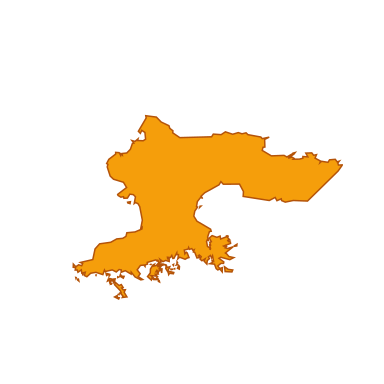 Camarines Sur, Camarines Sur, Philippines (Mercator projection), rotated 150°
{"feature_id": "2640588B57655195310467", "entity_name": "Camarines Sur", "entity_type": "district", "adm_level": 2, "iso_a3": "PHL", "parent_name": "Philippines", "parent_adm1": "Camarines Sur", "projection": "mercator", "projection_center": [123.465, 13.694], "detail": "fine", "context": "isolated", "style": "filled", "palette": "amber", "viewbox_px": 384, "rotation_deg": 150, "n_neighbors": 0, "source": "geoboundaries", "source_scale": "gbopen_adm2", "svg_char_len": 6158}
<svg xmlns="http://www.w3.org/2000/svg" viewBox="0 0 384 384"><g transform="rotate(150 192 192)"><path d="M184.3,128.2L183.5,130.1L183.7,129.9L184.4,130.2L184.2,130.1L185.2,130.8L185.1,132.0L185.9,131.7L185.3,132.2L183.2,131.5L184.1,135.9L190.7,137.0L189.7,139.8L193.1,140.3L196.4,144.2L200.0,143.5L200.1,139.3L201.8,139.4L202.7,136.0L202.9,138.1L204.3,133.6L205.3,132.8L204.4,134.5L205.8,137.1L204.1,142.0L202.6,143.0L202.4,142.0L202.0,141.7L201.0,145.2L196.7,149.0L195.0,148.4L194.5,150.5L202.3,164.2L202.5,170.2L199.1,174.1L194.7,176.2L195.4,177.1L192.2,181.0L187.8,182.8L186.2,182.5L186.0,182.0L186.4,183.8L181.3,185.0L165.0,184.7L161.8,186.5L161.0,183.1L146.9,175.1L147.2,166.7L149.9,162.6L129.3,146.0L122.7,145.7L122.8,142.0L118.1,141.5L118.7,139.8L116.3,136.6L108.5,134.0L96.5,126.4L55.0,137.1L48.7,140.0L48.4,140.4L51.7,142.1L51.2,144.2L49.0,145.1L51.2,145.5L51.6,148.7L56.8,151.1L59.4,149.7L64.4,153.8L66.5,153.4L65.2,154.5L68.5,159.8L65.5,162.1L68.3,163.0L68.7,166.0L74.0,168.8L74.1,164.5L78.2,167.3L79.1,165.8L82.6,166.8L88.0,169.8L86.8,170.1L87.9,172.1L91.8,173.2L87.0,173.9L86.6,174.9L92.3,174.9L94.0,177.7L105.2,183.6L110.4,192.9L108.2,195.2L106.4,194.5L102.8,201.2L97.7,200.9L104.5,203.1L104.9,205.2L114.9,213.7L115.6,216.2L119.6,217.4L122.2,220.3L127.9,221.7L133.0,227.4L138.1,227.1L144.6,231.5L147.4,230.0L175.4,245.2L179.1,252.9L177.9,254.6L179.4,258.2L178.8,260.9L183.7,268.0L185.4,274.7L193.9,281.2L194.7,279.0L208.1,271.4L207.4,268.6L204.7,270.5L203.0,267.1L205.8,260.9L208.7,260.8L213.4,263.8L212.2,265.0L216.0,264.3L218.3,266.6L217.9,263.4L219.4,263.8L224.0,259.8L229.0,258.4L233.3,260.3L233.9,258.8L234.6,260.7L235.5,259.5L235.4,262.5L238.3,264.5L239.2,263.0L247.7,261.9L251.7,259.3L251.0,258.0L252.9,256.1L254.9,246.7L253.6,242.3L246.5,234.7L246.4,228.6L257.6,227.1L257.8,226.0L256.2,223.1L253.7,222.2L254.1,220.6L251.0,219.0L246.9,221.2L244.1,219.0L243.4,216.1L247.8,210.9L246.2,211.1L244.6,208.9L244.6,205.4L249.1,192.4L255.0,185.6L253.0,186.2L253.9,185.0L261.3,185.9L268.8,189.3L271.4,186.6L275.1,186.5L280.6,189.0L287.5,189.1L297.9,193.3L304.4,191.2L311.7,183.1L323.9,186.8L322.5,184.7L324.4,183.3L326.5,185.6L330.0,185.4L330.8,188.9L332.5,186.2L330.6,184.6L332.2,182.8L330.4,181.8L330.9,179.5L326.8,179.9L328.0,176.9L324.5,175.9L327.0,173.5L325.4,171.2L320.4,172.3L315.4,170.5L310.5,165.0L306.8,168.2L306.9,166.5L300.0,164.4L297.6,160.6L293.9,161.3L292.2,159.9L293.5,157.9L289.1,157.2L285.8,151.3L284.7,153.0L283.8,146.9L280.3,141.5L278.5,140.9L280.9,145.6L277.8,147.1L278.4,152.0L273.4,154.2L270.2,152.8L269.9,151.0L269.3,151.8L269.5,152.3L269.4,152.4L266.6,151.8L266.0,153.4L257.2,151.3L256.8,149.6L255.8,150.1L255.6,149.9L255.9,147.4L253.9,146.8L253.4,149.7L252.0,146.2L249.0,145.9L246.5,143.2L245.2,145.5L246.5,146.3L245.9,147.8L243.5,146.0L241.2,147.2L241.8,144.0L240.8,143.6L235.6,146.9L236.4,145.3L235.0,144.5L237.7,141.2L235.3,141.7L231.6,137.2L227.5,137.1L227.5,136.0L226.6,141.6L227.1,142.8L229.1,142.0L227.7,145.6L223.8,144.5L222.7,145.6L222.9,143.6L220.5,143.1L220.4,141.0L219.0,140.9L220.8,139.4L219.8,138.3L220.7,132.4L218.1,131.4L218.3,133.7L217.2,133.8L216.3,131.4L218.6,129.8L217.8,127.5L214.0,127.6L216.1,126.0L215.2,122.2L213.0,125.0L210.2,125.6L210.3,127.6L207.8,127.9L208.0,125.2L206.1,126.5L207.9,121.3L208.9,122.6L209.4,120.7L212.4,121.0L208.6,118.2L209.4,113.6L208.6,111.6L206.4,111.4L205.8,107.7L203.5,111.3L206.2,111.9L206.7,115.1L202.6,115.7L200.4,114.4L199.4,115.5L201.8,121.1L199.7,121.1L193.1,114.5L188.6,114.3L192.3,117.7L193.1,122.2L194.3,122.4L183.8,124.0L189.5,125.3L191.2,127.1L189.2,127.6L189.5,129.0L190.5,128.7L191.5,129.0L191.7,129.4L184.3,128.2ZM266.2,133.7L264.8,133.6L265.2,135.5L267.6,134.7L269.4,140.2L264.3,136.5L264.9,139.1L262.2,137.8L261.9,140.2L263.2,140.9L261.6,141.8L260.9,139.5L259.3,140.4L258.0,140.1L258.7,137.1L256.4,140.4L258.8,142.0L256.6,142.8L258.9,144.5L257.6,146.9L259.8,146.2L262.1,147.0L260.6,148.2L262.4,148.3L266.5,146.1L268.6,142.8L272.8,141.0L271.2,136.1L269.8,137.5L269.0,135.3L266.2,133.7ZM300.8,133.7L300.9,139.1L298.6,140.7L300.5,141.6L301.0,144.1L299.4,143.7L299.5,147.2L301.9,147.5L303.5,151.9L305.4,150.5L303.4,142.3L303.7,140.2L304.7,140.5L303.8,136.3L305.1,135.5L300.8,133.7ZM197.4,102.8L195.7,104.1L199.3,106.9L201.2,111.0L203.1,106.5L197.4,102.8ZM252.9,135.4L248.6,138.4L251.3,139.1L250.8,141.6L252.3,143.4L251.4,140.7L253.0,138.9L252.9,135.4ZM249.0,130.5L248.0,131.4L252.4,135.6L253.5,132.1L252.1,132.8L249.0,130.5ZM308.9,153.5L305.3,156.9L307.0,158.7L308.9,153.5ZM294.6,151.7L293.0,152.9L295.1,154.4L295.2,156.4L296.5,155.2L294.6,151.7ZM309.0,136.0L307.9,136.8L309.4,138.0L308.6,139.7L311.5,139.8L309.0,136.0ZM253.8,143.0L253.0,144.0L256.6,146.4L257.2,144.9L253.8,143.0ZM241.6,131.6L240.1,133.7L240.2,135.0L242.7,133.2L241.6,131.6ZM251.5,212.9L250.2,214.4L252.9,215.4L253.1,214.7L251.5,212.9ZM307.7,162.4L305.0,162.5L307.1,164.6L307.7,162.4ZM86.7,173.7L84.9,173.8L82.9,174.6L85.2,175.2L86.7,173.7ZM180.2,122.9L179.2,124.3L182.5,124.2L182.7,123.9L180.2,122.9ZM303.5,153.6L302.0,155.2L303.8,156.0L304.3,154.9L303.5,153.6ZM309.7,157.1L307.8,156.9L308.3,158.2L309.7,157.1ZM334.5,171.5L333.9,173.4L334.8,173.8L335.1,173.0L334.5,171.5ZM265.1,130.3L264.7,131.6L265.3,132.5L265.8,131.4L265.1,130.3ZM305.4,152.6L304.2,152.7L304.5,154.5L305.4,152.6ZM248.9,135.1L246.9,134.6L248.9,135.8L248.9,135.1ZM305.3,155.4L304.5,155.9L305.0,156.6L305.3,155.4ZM242.0,136.6L240.9,136.2L241.0,136.9L242.0,136.6ZM327.9,175.1L326.6,175.6L327.8,175.7L327.9,175.1ZM182.4,135.3L183.5,136.6L184.3,136.7L184.5,136.2L182.4,135.3ZM305.7,160.7L304.6,161.1L305.1,161.7L305.7,160.7ZM306.8,140.2L306.6,139.6L305.9,140.1L306.8,140.2ZM246.3,134.6L245.5,134.0L245.3,134.3L246.3,134.6ZM192.1,175.7L192.9,174.9L191.3,175.3L192.1,175.7ZM240.6,137.9L239.9,137.9L239.9,138.9L240.6,137.9ZM186.5,182.3L186.1,181.0L186.1,181.7L186.5,182.3ZM244.9,138.5L244.8,137.8L244.2,138.5L244.9,138.5ZM308.4,152.7L307.9,152.5L306.9,153.3L308.4,152.7ZM316.8,167.8L315.9,168.4L316.8,168.1L316.8,167.8ZM263.8,149.7L263.0,150.0L264.0,149.9L263.8,149.7ZM335.6,175.4L335.1,175.8L335.4,176.1L335.6,175.4ZM299.1,155.1L298.1,155.0L298.7,155.7L299.1,155.1Z" fill="#f59e0b" stroke="#b45309" stroke-width="1.5"/></g></svg>